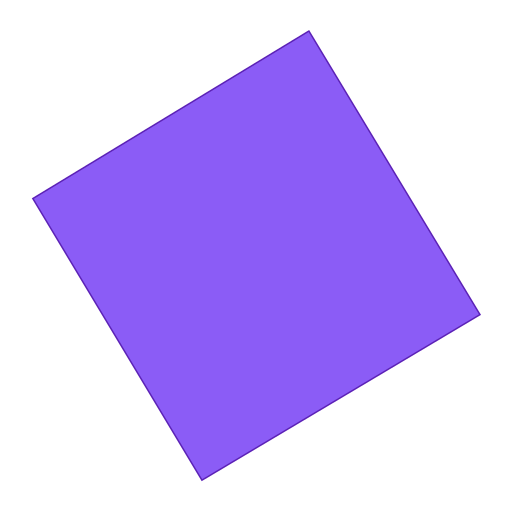 the district of Gray, Texas, United States of America, rotated 239°
{"feature_id": "52423323B94857587121418", "entity_name": "Gray", "entity_type": "district", "adm_level": 2, "iso_a3": "USA", "parent_name": "United States of America", "parent_adm1": "Texas", "projection": "albers", "projection_center": [-100.758, 35.401], "detail": "fine", "context": "isolated", "style": "filled", "palette": "violet", "viewbox_px": 512, "rotation_deg": 239, "n_neighbors": 0, "source": "geoboundaries", "source_scale": "gbopen_adm2", "svg_char_len": 227}
<svg xmlns="http://www.w3.org/2000/svg" viewBox="0 0 512 512"><g transform="rotate(239 256 256)"><path d="M421.6,417.2L420.2,94.3L91.7,94.2L90.4,417.8L421.6,417.2Z" fill="#8b5cf6" stroke="#5b21b6" stroke-width="1.5"/></g></svg>